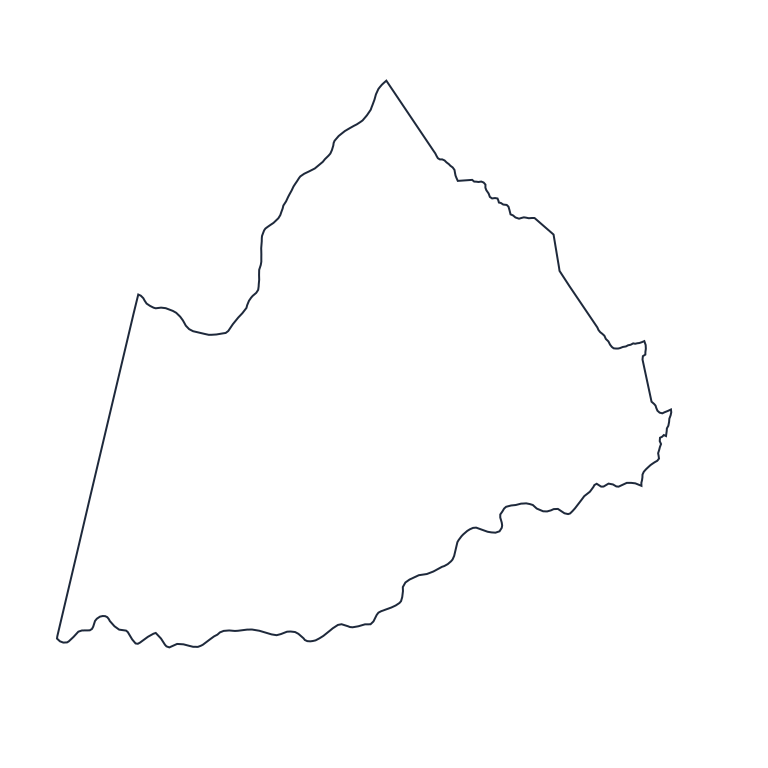 the district of Remanso, Bahia, Brazil, rotated 188°
{"feature_id": "56859067B23301273504711", "entity_name": "Remanso", "entity_type": "district", "adm_level": 2, "iso_a3": "BRA", "parent_name": "Brazil", "parent_adm1": "Bahia", "projection": "robinson", "projection_center": [-42.307, -9.633], "detail": "fine", "context": "isolated", "style": "outline", "palette": "slate", "viewbox_px": 768, "rotation_deg": 188, "n_neighbors": 0, "source": "geoboundaries", "source_scale": "gbopen_adm2", "svg_char_len": 4763}
<svg xmlns="http://www.w3.org/2000/svg" viewBox="0 0 768 768"><g transform="rotate(188 384 384)"><path d="M424.2,118.7L421.2,118.9L418.7,119.6L416.1,120.6L412.6,123.1L409.0,126.1L402.7,132.8L400.8,134.9L396.1,139.0L392.6,140.2L386.0,139.1L384.0,138.6L381.3,138.7L375.7,140.5L369.3,143.4L366.3,143.8L363.9,144.2L361.4,147.4L359.1,154.3L357.7,156.8L355.2,158.6L345.6,163.7L341.6,166.3L338.2,169.3L336.9,171.3L336.3,175.5L336.4,181.5L337.1,185.5L335.2,190.4L331.5,193.9L322.9,199.5L315.1,201.8L309.0,205.2L301.2,211.0L299.0,212.1L295.8,214.5L292.9,217.8L291.7,219.7L290.6,223.5L289.3,237.6L288.4,239.8L286.1,244.0L284.6,246.1L281.1,250.1L278.7,252.1L275.8,253.9L272.8,254.6L260.8,252.1L256.9,252.0L252.9,252.3L249.1,254.2L247.4,257.9L247.3,260.3L248.1,263.1L250.3,268.0L250.7,271.0L249.1,274.1L247.7,277.4L246.0,279.4L241.2,281.4L236.7,282.5L231.6,284.6L229.5,285.0L226.6,285.6L222.9,285.4L219.8,284.9L215.4,281.9L208.7,280.1L204.8,280.5L201.1,282.1L198.6,283.7L194.4,284.5L187.3,281.1L183.6,280.8L181.7,281.7L179.7,284.3L177.6,287.4L172.5,296.4L170.1,300.8L165.1,306.0L162.3,311.2L161.6,313.2L159.5,314.8L154.7,312.6L152.3,313.0L147.8,316.6L143.3,316.4L139.7,314.9L137.4,315.0L129.8,319.9L125.3,320.5L121.3,320.6L114.9,319.0L115.4,321.9L115.1,324.7L115.1,327.5L115.4,330.3L114.5,333.3L112.7,336.0L110.7,338.5L108.8,340.8L107.2,342.3L105.2,344.1L102.7,346.0L101.3,348.4L102.1,351.2L102.9,353.6L102.3,357.3L102.0,360.0L101.3,363.1L103.0,365.8L103.2,369.2L101.2,370.5L99.8,372.4L97.5,371.7L97.5,374.5L97.5,376.7L97.7,379.4L96.6,382.3L96.4,386.2L96.6,389.4L95.8,392.9L95.6,396.0L96.3,398.7L99.2,396.8L102.2,395.1L104.3,393.7L107.1,394.0L109.5,395.6L111.0,398.1L112.1,400.4L113.7,401.8L116.6,403.7L131.4,444.2L131.5,447.6L129.3,449.5L129.6,452.1L129.6,455.3L130.3,459.0L132.2,462.7L134.5,461.3L136.9,460.1L138.8,459.6L140.9,458.8L142.9,458.9L145.2,457.2L147.7,456.3L149.6,454.9L152.7,453.9L155.3,452.4L157.1,451.7L159.3,451.4L161.5,451.3L163.5,452.4L165.6,454.4L167.7,457.4L170.6,459.5L172.5,462.5L175.0,464.2L177.1,465.4L179.1,467.3L180.6,469.7L213.7,506.4L225.9,520.4L226.9,523.8L236.9,555.6L258.0,569.3L260.5,569.0L263.7,568.3L266.5,568.5L268.7,568.5L270.9,567.6L273.3,566.5L277.0,567.2L279.7,568.9L282.3,569.6L284.0,573.8L285.4,576.9L287.4,578.4L290.9,578.3L293.4,579.5L295.5,579.7L296.3,581.6L297.4,583.5L299.9,583.6L302.8,582.8L305.2,584.0L306.9,587.2L309.6,590.1L310.9,592.5L311.3,595.6L313.4,597.4L315.9,598.0L318.5,597.2L320.8,597.2L322.9,597.0L325.1,598.4L339.2,595.4L340.9,598.1L342.2,600.4L343.1,603.0L344.0,605.8L346.1,608.0L348.7,609.4L350.3,610.7L353.0,612.2L355.1,613.8L357.5,614.5L360.0,614.2L362.1,615.1L363.8,617.3L365.3,619.5L367.7,622.1L423.9,684.7L426.2,682.0L427.8,680.0L429.5,677.3L430.6,675.4L432.3,669.7L433.0,664.3L434.2,658.8L434.8,656.3L435.3,653.8L438.3,647.7L441.9,642.0L443.9,640.1L447.1,637.3L449.7,635.5L453.5,632.6L457.9,629.1L460.1,626.8L463.4,623.3L466.8,618.0L467.4,615.7L467.4,613.1L468.1,608.5L469.2,604.7L470.7,602.4L473.8,598.4L475.5,595.5L482.5,587.8L487.8,584.1L492.3,581.1L495.8,577.9L496.9,575.9L498.4,572.6L499.7,570.0L501.1,567.0L502.4,562.8L504.2,558.1L505.1,555.5L506.4,551.2L508.5,546.7L508.8,543.6L509.6,540.0L510.2,536.8L511.7,533.4L515.9,528.1L518.5,525.8L521.2,523.3L523.1,521.4L524.1,519.4L524.7,516.8L525.4,513.6L525.3,511.4L524.9,508.1L524.5,501.3L524.0,498.4L523.5,495.3L523.1,492.2L522.5,488.0L522.6,484.7L523.5,479.7L522.9,474.6L522.1,469.8L521.9,465.4L521.7,463.1L521.7,459.7L523.2,456.5L526.3,453.0L527.6,451.0L529.3,447.6L530.5,442.9L530.8,440.2L532.4,437.4L534.1,434.4L536.1,431.6L537.6,429.5L542.0,422.2L543.8,418.5L545.6,414.8L547.9,412.5L550.6,411.7L556.9,409.7L561.8,408.7L564.3,408.3L568.2,408.6L572.7,409.0L575.9,409.3L580.4,409.7L584.6,411.2L588.4,414.2L590.1,416.5L592.0,419.0L595.2,422.3L599.7,425.6L603.3,427.0L610.7,428.7L615.4,428.6L620.6,427.2L622.8,427.5L626.6,428.8L630.3,430.6L632.7,433.3L634.3,435.5L637.1,437.6L639.8,438.4L641.8,418.7L643.4,401.4L659.1,233.5L664.2,177.4L669.6,119.1L672.4,88.8L672.4,86.4L669.1,84.1L665.6,83.3L661.9,84.0L660.3,85.3L656.2,90.4L652.2,96.2L648.8,97.9L641.1,99.1L639.1,100.8L638.2,103.2L637.2,109.1L635.7,111.6L632.9,114.1L630.2,115.1L627.8,115.3L625.6,114.6L623.8,112.9L622.5,111.1L617.2,106.6L612.1,103.9L609.7,103.9L605.1,103.9L603.2,102.7L597.8,96.0L593.9,92.5L591.6,92.5L589.7,93.9L582.6,100.8L577.6,104.6L575.4,105.7L569.4,100.9L564.6,95.3L562.9,93.9L559.9,93.3L552.7,97.8L546.4,98.3L540.4,97.6L536.5,97.2L531.7,97.8L529.1,99.2L527.2,100.5L520.6,107.1L517.2,110.4L514.1,112.6L511.9,115.2L508.4,117.2L503.0,118.4L497.3,118.7L494.3,119.3L485.5,121.7L480.6,122.5L473.1,122.3L460.5,120.4L455.4,120.3L451.3,122.0L445.6,125.2L442.1,125.9L437.5,126.0L434.0,124.7L428.3,121.0L426.8,119.5L424.2,118.7Z" fill="none" stroke="#1e293b" stroke-width="2"/></g></svg>